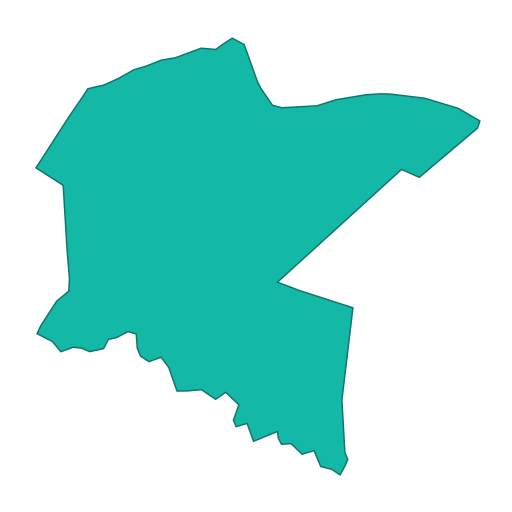 the district of Paranapoema, Paraná, Brazil, rotated 91°
{"feature_id": "56859067B29762724922920", "entity_name": "Paranapoema", "entity_type": "district", "adm_level": 2, "iso_a3": "BRA", "parent_name": "Brazil", "parent_adm1": "Paraná", "projection": "natural_earth1", "projection_center": [-52.089, -22.65], "detail": "fine", "context": "isolated", "style": "filled", "palette": "teal", "viewbox_px": 512, "rotation_deg": 91, "n_neighbors": 0, "source": "geoboundaries", "source_scale": "gbopen_adm2", "svg_char_len": 1103}
<svg xmlns="http://www.w3.org/2000/svg" viewBox="0 0 512 512"><g transform="rotate(91 256 256)"><path d="M44.8,271.5L38.6,283.6L44.4,292.2L50.2,299.9L49.2,314.5L59.3,340.4L61.9,354.3L68.3,369.7L71.9,381.3L81.0,396.9L87.8,411.2L89.6,418.9L91.7,427.0L99.5,431.9L120.3,445.6L171.7,477.5L188.7,450.0L252.2,445.1L281.9,442.1L294.4,442.6L304.6,454.5L329.2,469.8L337.5,473.5L345.1,458.0L355.1,449.5L350.4,437.1L351.2,428.8L354.5,420.6L351.3,406.8L341.9,402.1L340.0,393.9L333.8,382.7L336.0,374.4L350.2,373.1L358.1,369.7L363.5,361.2L358.8,349.1L369.2,341.2L392.4,332.6L392.1,322.4L390.6,308.1L400.0,293.9L392.8,283.9L405.1,270.5L420.6,275.7L427.0,272.9L423.5,262.0L441.3,255.2L431.0,231.4L437.6,230.6L443.8,227.2L443.0,217.6L453.4,206.4L449.6,194.5L465.4,187.6L467.9,176.7L473.4,168.1L464.4,163.4L457.8,160.7L451.0,163.7L398.5,167.6L306.1,158.2L289.8,211.9L281.8,234.1L166.9,112.0L174.5,94.1L124.2,36.7L117.1,34.5L104.8,56.5L95.3,90.2L91.7,125.0L91.7,134.5L92.9,149.1L98.3,178.5L104.8,197.8L107.3,232.7L105.1,242.1L89.3,253.4L81.7,257.6L44.8,271.5Z" fill="#14b8a6" stroke="#0f766e" stroke-width="1.5"/></g></svg>